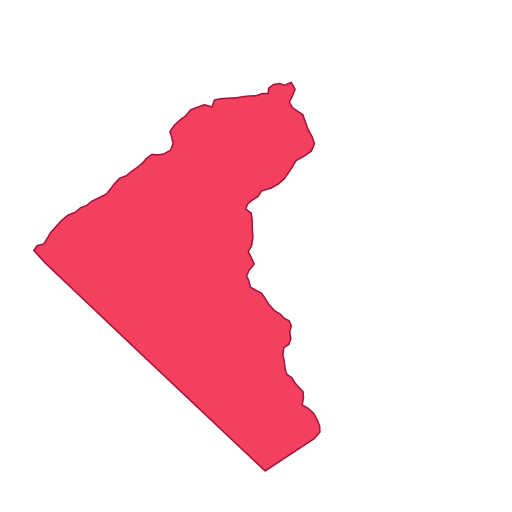 outline of Novo Alegre, Tocantins, Brazil, rotated 43°
{"feature_id": "56859067B17905501648967", "entity_name": "Novo Alegre", "entity_type": "district", "adm_level": 2, "iso_a3": "BRA", "parent_name": "Brazil", "parent_adm1": "Tocantins", "projection": "albers", "projection_center": [-46.567, -12.888], "detail": "fine", "context": "isolated", "style": "filled", "palette": "rose", "viewbox_px": 512, "rotation_deg": 43, "n_neighbors": 0, "source": "geoboundaries", "source_scale": "gbopen_adm2", "svg_char_len": 1585}
<svg xmlns="http://www.w3.org/2000/svg" viewBox="0 0 512 512"><g transform="rotate(43 256 256)"><path d="M89.7,403.5L106.8,404.9L239.1,406.0L252.0,406.1L409.3,407.0L423.2,349.5L422.8,341.2L418.6,337.0L412.5,334.1L405.5,331.8L398.3,331.8L391.3,333.4L387.6,327.5L383.0,323.2L377.0,322.8L371.3,322.3L365.4,320.6L359.3,321.5L354.5,318.9L349.2,314.3L342.8,309.7L338.9,304.0L340.3,298.1L337.8,292.6L332.7,288.9L329.5,283.0L324.4,280.8L319.4,282.3L313.6,281.9L306.9,283.4L298.2,282.6L291.6,280.8L285.2,279.4L280.1,280.9L273.1,282.6L267.3,278.8L262.6,276.9L260.8,271.5L260.1,263.1L252.8,260.0L247.3,258.0L245.8,251.6L241.1,244.5L234.4,238.3L229.1,232.8L223.3,227.9L216.3,228.6L214.4,223.3L215.2,217.4L216.9,211.1L215.7,204.7L220.8,195.9L223.3,187.9L224.0,179.7L223.0,173.3L222.1,167.1L220.2,159.1L222.9,150.8L225.0,141.6L222.1,133.9L216.3,130.8L207.1,127.6L199.9,123.9L193.9,120.7L188.2,121.6L181.7,122.7L175.4,120.7L173.6,114.7L170.9,107.4L163.3,105.0L160.5,111.6L155.6,113.8L151.9,118.5L150.8,124.7L154.1,128.8L149.7,133.0L146.9,138.6L141.4,144.1L137.7,148.5L134.0,153.4L128.2,159.4L122.9,165.1L119.2,170.2L122.1,177.1L115.1,180.5L111.8,187.0L108.5,193.7L109.0,201.7L107.6,208.5L107.1,215.7L108.1,223.7L113.7,226.9L118.7,230.3L121.3,237.0L119.0,244.3L115.1,249.1L110.6,252.6L109.3,259.7L109.6,264.9L108.7,272.3L107.1,279.5L106.5,285.7L103.2,292.1L103.2,299.8L103.7,305.2L104.3,312.6L101.2,321.2L98.7,327.4L97.6,334.9L94.8,340.3L94.2,346.7L90.6,354.4L89.5,363.3L89.7,372.6L89.8,379.2L91.2,384.7L92.5,392.1L88.8,397.8L89.7,403.5Z" fill="#f43f5e" stroke="#9f1239" stroke-width="1.5"/></g></svg>